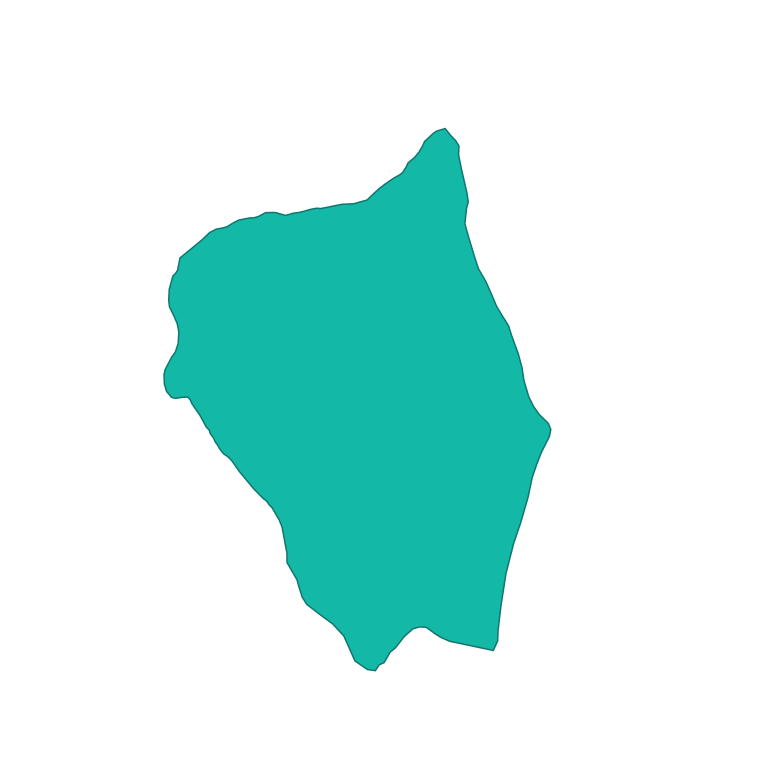 outline of Ramjar, Tashigang, Bhutan, rotated 304°
{"feature_id": "84629894B19422058596981", "entity_name": "Ramjar", "entity_type": "district", "adm_level": 2, "iso_a3": "BTN", "parent_name": "Bhutan", "parent_adm1": "Tashigang", "projection": "mercator", "projection_center": [91.58, 27.409], "detail": "fine", "context": "isolated", "style": "filled", "palette": "teal", "viewbox_px": 768, "rotation_deg": 304, "n_neighbors": 0, "source": "geoboundaries", "source_scale": "gbopen_adm2", "svg_char_len": 2079}
<svg xmlns="http://www.w3.org/2000/svg" viewBox="0 0 768 768"><g transform="rotate(304 384 384)"><path d="M625.8,307.4L627.4,300.0L630.0,291.9L623.5,286.5L620.1,284.9L614.5,283.6L607.8,282.0L603.4,282.8L596.0,283.3L589.0,282.7L580.9,280.3L576.7,281.0L569.7,281.2L566.4,280.1L559.5,276.7L550.4,273.1L543.1,270.7L532.5,268.2L527.1,267.1L516.5,258.1L509.5,248.7L494.1,233.5L492.4,230.4L490.7,228.4L488.5,226.2L478.9,217.9L475.2,213.6L468.8,208.2L467.4,204.2L465.7,198.8L464.5,196.6L459.9,190.1L452.5,186.1L448.9,183.1L446.8,180.0L443.9,177.1L438.8,172.0L433.8,169.2L426.6,165.9L424.1,163.9L418.6,158.4L412.2,154.8L402.4,152.7L374.4,144.4L362.8,149.3L359.0,149.3L355.5,148.6L342.6,152.9L333.0,158.7L327.8,163.2L322.8,172.1L320.7,175.3L318.4,178.8L312.4,184.8L302.5,190.7L297.9,192.0L293.5,193.2L288.1,192.9L273.6,194.5L268.5,196.5L261.1,202.0L256.3,207.8L254.1,215.3L255.7,219.5L258.5,222.3L260.7,225.0L263.5,228.7L262.5,232.3L260.4,235.5L256.2,246.0L255.3,248.5L248.9,260.8L248.0,264.9L245.6,267.9L243.8,273.2L241.9,275.9L240.4,279.9L238.2,284.4L236.4,290.2L236.4,295.3L235.9,298.0L235.1,301.2L233.2,306.2L230.6,312.8L225.2,331.3L224.2,334.7L223.7,337.3L221.4,348.6L221.5,351.4L220.7,353.9L219.6,356.6L218.8,360.5L212.7,373.1L208.6,379.3L196.4,391.3L189.4,398.2L181.7,403.5L173.0,421.4L168.7,426.3L163.5,433.0L161.7,435.1L158.1,443.1L157.0,460.9L156.4,475.7L152.6,491.7L145.4,503.2L138.2,514.7L138.0,526.3L138.0,529.9L141.5,537.1L148.6,537.1L153.0,539.9L165.4,539.1L171.6,541.0L185.8,542.0L197.3,544.9L202.5,549.3L205.9,555.0L205.5,567.2L205.8,573.5L207.5,582.5L224.2,623.6L234.6,621.9L243.4,616.4L265.3,605.1L294.8,591.2L324.2,580.7L346.7,574.5L371.1,566.6L389.3,559.2L402.5,555.6L415.5,552.7L433.0,550.5L439.6,547.7L441.4,545.0L443.2,542.3L445.6,529.6L449.0,520.6L454.4,511.1L465.2,498.0L474.6,489.4L483.9,478.7L496.0,462.1L501.8,454.9L506.0,445.5L511.3,434.0L518.8,422.5L526.0,411.0L532.4,397.8L540.2,387.8L553.1,372.0L562.1,361.4L576.2,354.0L582.0,352.1L589.0,345.7L605.4,328.1L615.9,317.5L623.2,313.1L625.8,307.4Z" fill="#14b8a6" stroke="#0f766e" stroke-width="1.5"/></g></svg>